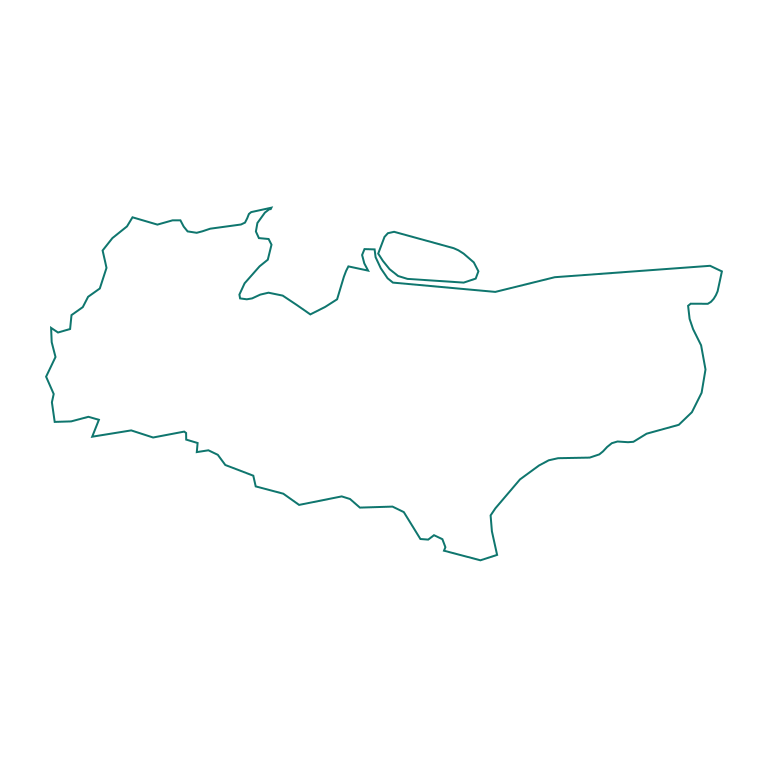 SVG path tracing the border of Kent
{"feature_id": "GBR-3409", "entity_name": "Kent", "entity_type": "Administrative County", "adm_level": 1, "iso_a3": "GBR", "parent_name": "United Kingdom", "parent_adm1": "", "projection": "equal_earth", "projection_center": [0.675, 51.199], "detail": "fine", "context": "isolated", "style": "outline", "palette": "teal", "viewbox_px": 768, "rotation_deg": 0, "n_neighbors": 0, "source": "natural_earth", "source_scale": "10m", "svg_char_len": 1899}
<svg xmlns="http://www.w3.org/2000/svg" viewBox="0 0 768 768"><path d="M210.2,228.7L241.0,224.5L245.0,222.6L247.2,218.3L248.9,214.0L251.2,212.1L271.4,207.7L270.7,209.1L269.2,209.3L264.9,212.6L257.4,223.0L255.9,231.5L258.9,238.1L268.6,239.0L271.5,244.7L267.8,259.7L259.6,266.3L244.6,283.3L239.4,294.6L240.1,298.4L246.8,299.3L252.1,298.4L260.3,294.6L268.5,292.7L282.7,295.6L296.8,305.0L310.3,314.4L325.2,306.9L337.1,299.3L343.9,276.7L346.1,270.9L348.4,266.4L368.1,270.6L364.3,263.4L362.1,255.0L364.5,249.1L374.6,249.4L375.6,257.2L380.8,268.3L387.6,278.3L392.9,282.6L495.3,291.9L554.8,277.2L710.1,265.8L721.9,271.4L717.6,291.3L715.9,295.2L713.7,298.8L711.0,301.8L707.8,303.8L690.7,303.7L688.1,305.8L689.6,318.9L693.1,329.2L701.1,345.3L705.5,369.5L701.6,392.8L691.9,412.2L678.8,424.8L646.6,433.7L633.4,441.8L628.0,442.2L617.5,441.5L611.8,443.2L607.1,447.0L603.0,451.4L599.3,454.4L589.7,457.6L558.1,458.2L548.7,460.3L539.0,465.5L520.0,479.4L495.4,508.3L490.6,515.4L491.9,531.3L497.1,554.9L480.4,560.3L444.0,550.7L445.4,547.2L442.4,539.2L434.0,535.2L428.2,539.6L420.4,539.0L403.8,512.1L392.5,506.6L359.9,507.6L350.0,499.0L341.7,496.4L299.1,504.9L283.3,493.7L255.7,486.4L253.3,475.7L225.3,465.0L217.8,454.8L208.4,450.3L196.8,452.1L197.6,443.0L186.2,439.6L186.1,433.0L184.2,431.6L153.1,437.5L131.2,430.4L92.2,436.7L98.9,419.8L88.4,416.8L71.1,421.4L54.7,421.9L51.9,402.3L53.7,394.0L46.1,376.7L55.5,357.0L51.7,342.2L51.1,327.9L58.0,332.5L70.1,329.0L71.5,315.1L82.8,307.1L88.1,296.8L99.8,288.5L106.5,267.9L105.2,261.9L102.6,250.5L112.4,238.1L127.0,226.4L132.5,217.3L157.4,224.6L172.7,220.3L180.4,220.3L183.7,226.6L187.6,231.4L196.7,232.8L202.4,231.3L210.2,228.7ZM463.6,253.6L473.8,262.4L478.4,271.3L475.7,278.6L463.7,282.6L407.5,278.9L398.1,276.0L389.6,269.2L382.9,260.9L378.2,253.6L384.5,236.9L387.9,233.2L394.1,231.8L453.7,248.2L458.4,250.3L463.6,253.6Z" fill="none" stroke="#0f766e" stroke-width="2"/></svg>